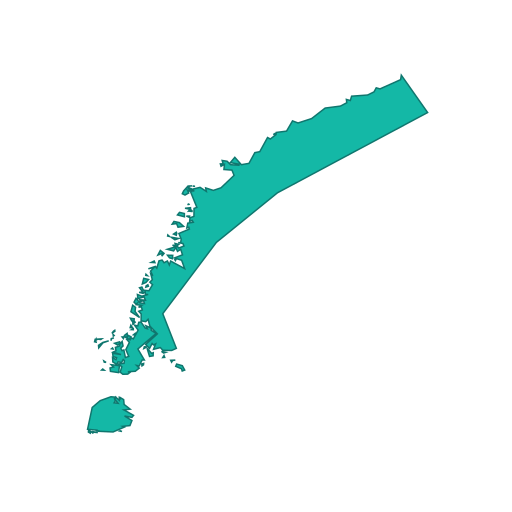 South Choiseul, Choiseul, Solomon Islands (Equal Earth projection), rotated 100°
{"feature_id": "97153195B92855886197372", "entity_name": "South Choiseul", "entity_type": "district", "adm_level": 2, "iso_a3": "SLB", "parent_name": "Solomon Islands", "parent_adm1": "Choiseul", "projection": "equal_earth", "projection_center": [157.415, -7.197], "detail": "fine", "context": "isolated", "style": "filled", "palette": "teal", "viewbox_px": 512, "rotation_deg": 100, "n_neighbors": 0, "source": "geoboundaries", "source_scale": "gbopen_adm2", "svg_char_len": 6198}
<svg xmlns="http://www.w3.org/2000/svg" viewBox="0 0 512 512"><g transform="rotate(100 256 256)"><path d="M84.9,111.9L52.7,144.3L57.2,144.2L69.9,162.9L69.5,166.8L73.9,168.3L78.1,174.1L82.0,189.6L86.5,190.1L86.1,194.2L89.3,193.2L93.7,198.9L98.3,213.6L111.0,225.1L117.7,237.7L116.6,243.5L127.7,247.6L130.8,257.5L132.9,257.3L138.3,262.2L137.3,265.2L152.6,270.4L154.4,275.1L166.0,279.0L168.6,286.3L162.5,294.0L168.5,297.5L168.5,288.6L169.6,288.6L170.5,296.9L167.7,300.9L167.8,305.9L171.2,304.2L172.7,305.4L171.0,304.9L171.5,307.1L173.7,306.0L171.2,303.0L176.4,302.6L175.6,294.6L180.4,291.6L194.9,302.3L198.8,309.4L197.7,317.4L201.0,316.1L198.1,323.0L201.3,330.4L203.1,328.0L201.8,330.5L204.6,331.3L218.4,322.7L219.9,325.3L227.8,324.0L229.8,327.6L233.4,327.4L232.0,325.0L233.7,323.6L235.5,328.9L240.4,329.0L239.3,327.2L241.0,326.3L247.2,335.8L252.4,332.6L255.9,332.5L256.3,334.9L256.4,330.1L258.7,328.7L261.5,333.4L259.8,335.7L258.0,334.1L257.7,337.9L259.7,336.9L259.8,340.1L260.8,336.7L264.8,344.5L265.3,338.0L261.6,336.4L265.1,334.1L262.5,331.3L267.6,328.6L272.1,336.0L273.1,328.5L280.8,324.1L275.8,339.2L279.9,339.8L276.3,342.4L278.6,345.4L276.3,347.8L277.6,350.7L285.2,351.6L283.7,353.3L287.3,359.8L284.9,354.4L289.2,357.2L293.4,354.2L292.0,356.5L297.3,354.0L300.2,356.0L302.2,352.9L308.8,355.4L309.2,361.0L306.4,363.0L307.5,365.2L311.2,361.2L312.1,364.8L312.4,360.7L310.5,358.9L313.0,358.2L312.6,355.5L315.4,361.5L314.5,366.1L318.5,364.9L315.7,359.1L318.7,357.2L319.3,362.9L320.8,361.9L319.6,358.9L322.2,357.6L322.3,362.2L318.5,366.8L322.6,368.1L324.1,366.1L323.0,364.7L324.7,365.4L324.4,359.9L326.8,362.8L326.1,360.0L328.9,358.6L330.8,361.9L333.0,359.0L339.8,357.9L339.8,353.2L337.1,351.3L343.4,348.4L349.8,339.6L362.3,349.3L365.5,344.8L360.2,343.1L361.4,341.5L360.0,339.6L365.7,340.7L362.8,334.3L365.0,331.4L363.7,322.7L360.8,318.4L329.0,337.8L249.5,297.4L190.0,245.8L84.9,111.9ZM456.0,380.8L454.1,366.2L447.4,356.0L446.9,357.7L444.9,350.7L439.6,349.6L436.4,357.7L436.5,350.2L434.2,348.9L430.5,359.4L428.7,353.3L425.1,360.1L420.4,361.4L419.1,364.8L421.0,364.8L418.9,365.6L418.8,366.1L421.9,365.5L419.4,369.6L420.4,369.5L421.6,370.1L425.0,366.2L425.2,370.2L423.0,369.4L421.1,370.7L419.4,369.9L419.8,374.4L425.5,384.3L433.6,391.0L455.9,391.8L455.1,382.3L455.2,381.9L456.0,380.8ZM395.6,366.6L394.6,361.8L392.2,359.6L392.2,362.1L390.5,354.9L386.7,351.5L384.5,354.6L384.5,351.9L378.2,350.1L377.8,347.9L368.1,356.2L349.6,340.9L347.4,346.3L345.2,346.7L343.8,352.3L346.5,350.4L346.3,352.5L341.1,357.7L341.6,359.9L345.4,360.3L345.2,363.6L349.5,359.2L358.9,362.4L358.3,364.5L360.4,365.3L359.9,367.5L360.6,368.8L363.1,365.7L370.7,367.9L377.0,363.9L378.7,367.0L371.5,369.8L372.5,371.5L370.3,373.2L367.7,371.3L363.4,373.0L365.9,374.3L364.2,375.4L366.5,380.1L367.7,376.9L366.2,375.3L368.3,374.6L370.4,378.6L373.6,377.4L375.5,380.1L376.5,371.8L376.7,380.3L379.8,379.3L380.3,375.6L382.4,375.9L381.0,379.6L385.2,378.6L386.9,374.4L384.2,373.5L384.2,369.9L381.0,368.8L381.9,367.4L384.6,367.3L386.3,373.0L388.3,368.9L394.0,369.6L395.6,366.6ZM394.9,379.3L394.7,371.1L387.7,371.4L388.2,379.7L390.0,377.0L391.6,380.3L394.9,379.3ZM336.8,360.0L331.6,365.5L327.5,365.7L325.9,368.9L332.6,369.5L336.8,360.0ZM208.3,336.5L205.6,333.2L203.0,335.1L203.7,332.9L203.3,331.3L201.0,334.5L198.7,333.7L198.0,331.0L198.9,335.1L204.5,338.6L207.5,339.4L208.3,336.5ZM373.4,343.4L372.2,340.0L369.1,340.4L370.0,341.9L365.7,347.3L373.4,343.4ZM382.1,308.7L380.7,306.4L376.8,309.5L376.2,315.4L378.6,315.9L380.0,309.8L382.1,308.7ZM241.2,337.8L239.4,332.4L236.4,337.2L236.2,342.8L239.2,344.1L237.9,339.8L241.2,337.8ZM229.8,333.3L226.6,333.9L226.3,338.9L229.2,340.5L229.8,333.3ZM303.3,363.1L301.2,359.8L297.8,357.7L297.5,362.7L303.3,363.1ZM272.5,348.7L269.4,347.0L267.1,351.2L272.1,352.8L269.6,348.7L272.5,348.7ZM273.2,337.9L269.8,338.1L270.6,343.3L272.8,340.9L273.2,337.9ZM373.8,394.9L368.0,391.6L365.1,386.3L367.7,391.8L371.3,395.6L373.8,394.9ZM339.1,368.9L341.5,367.1L341.4,364.9L339.0,365.0L339.1,368.9ZM252.2,342.9L254.1,338.7L252.2,335.3L252.2,342.9ZM359.0,370.7L357.5,368.6L354.6,369.5L357.1,371.8L359.0,370.7ZM368.5,400.1L368.7,397.6L368.5,399.2L365.8,398.9L366.4,398.6L365.4,397.5L365.2,394.4L364.4,393.6L365.9,399.9L368.5,400.1ZM222.2,328.3L219.8,328.9L221.3,334.2L221.4,330.0L222.2,328.3ZM360.1,366.4L357.3,365.1L356.4,367.9L359.2,368.9L360.1,366.4ZM249.4,338.1L247.4,338.0L246.4,338.6L248.7,341.0L249.4,338.1ZM375.2,320.7L373.4,319.9L372.5,317.4L373.5,321.9L375.2,320.7ZM348.4,367.5L348.2,365.1L345.9,367.2L348.4,367.5ZM372.2,330.2L371.7,328.3L370.0,329.3L372.2,330.2ZM228.8,331.5L229.5,328.3L228.2,328.3L228.8,331.5ZM280.5,358.0L280.1,354.4L278.6,355.4L280.5,358.0ZM344.4,365.4L342.2,363.5L341.5,364.3L341.6,366.1L344.4,365.4ZM457.3,385.4L457.7,385.1L457.4,381.1L457.3,385.4ZM367.6,330.1L366.5,328.1L366.4,332.5L367.6,330.1ZM384.0,349.2L382.7,347.9L381.3,348.0L382.2,349.8L384.0,349.2ZM459.3,388.4L457.6,388.2L456.6,390.6L458.5,390.5L459.3,388.4ZM366.6,350.4L365.0,348.3L364.6,348.7L364.8,350.2L366.6,350.4ZM305.8,359.1L304.5,356.7L303.1,357.5L304.4,359.0L305.8,359.1ZM294.2,361.2L294.2,359.5L293.1,361.2L294.2,361.2ZM251.7,346.5L251.8,344.6L250.6,346.5L251.7,346.5ZM133.4,260.1L132.2,258.2L132.0,258.5L133.4,260.1ZM357.2,384.5L354.6,381.9L353.7,382.2L354.8,383.3L357.2,384.5ZM457.7,387.6L459.0,385.5L457.6,386.3L457.7,387.6ZM354.9,363.0L354.9,361.5L353.4,361.7L354.9,363.0ZM364.6,384.1L362.5,383.9L361.3,381.7L362.5,384.2L364.6,384.1ZM360.2,372.4L358.6,372.4L359.0,373.8L360.2,372.4ZM202.2,330.9L200.9,331.5L200.5,334.1L201.1,332.4L202.2,330.9ZM452.0,359.8L452.1,357.5L451.7,359.4L452.0,359.8ZM395.1,388.2L394.8,385.7L393.9,387.3L395.1,388.2ZM372.4,382.1L372.4,380.6L371.5,381.3L372.4,382.1ZM359.6,382.6L358.9,381.9L358.1,383.1L359.6,382.6ZM217.3,332.4L216.8,331.0L216.5,331.3L217.3,332.4ZM385.8,387.6L386.9,387.0L386.1,387.0L386.9,386.9L386.8,385.2L385.8,387.6ZM273.7,335.3L274.5,334.6L273.0,334.1L273.7,335.3ZM350.1,365.6L349.9,364.0L349.0,364.2L350.1,365.6ZM455.6,383.6L455.8,381.9L455.6,381.6L455.6,383.6ZM223.4,328.8L223.3,326.8L222.8,326.7L222.2,327.4L223.4,328.8ZM198.0,330.4L198.2,329.2L197.9,328.2L198.0,330.4ZM222.9,329.9L223.5,330.2L223.1,329.1L222.9,329.9Z" fill="#14b8a6" stroke="#0f766e" stroke-width="1.5"/></g></svg>